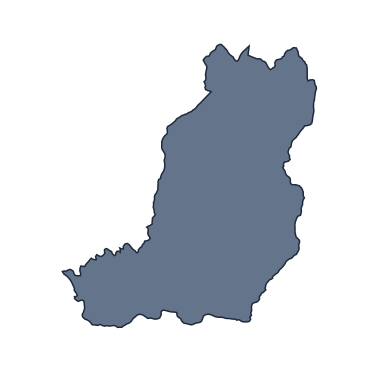 Chapada da Natividade, Tocantins, Brazil (Robinson projection), rotated 348°
{"feature_id": "56859067B42191858406182", "entity_name": "Chapada da Natividade", "entity_type": "district", "adm_level": 2, "iso_a3": "BRA", "parent_name": "Brazil", "parent_adm1": "Tocantins", "projection": "robinson", "projection_center": [-47.867, -11.515], "detail": "fine", "context": "isolated", "style": "filled", "palette": "slate", "viewbox_px": 384, "rotation_deg": 348, "n_neighbors": 0, "source": "geoboundaries", "source_scale": "gbopen_adm2", "svg_char_len": 5998}
<svg xmlns="http://www.w3.org/2000/svg" viewBox="0 0 384 384"><g transform="rotate(348 192 192)"><path d="M323.3,149.8L324.3,147.9L326.2,142.4L327.2,140.3L328.1,138.0L328.3,136.1L328.5,134.1L329.3,130.8L330.0,128.8L330.9,127.5L331.3,125.8L332.6,122.3L333.2,120.5L334.2,118.6L335.3,116.5L335.3,114.3L334.6,112.5L334.8,108.3L333.4,107.3L330.8,106.9L328.7,107.6L328.3,105.2L330.4,94.7L330.5,91.2L329.5,90.0L329.4,88.1L327.9,86.6L327.5,84.5L324.7,81.1L324.8,78.7L324.9,76.8L324.5,75.2L324.0,72.8L321.1,71.9L319.2,72.7L317.2,73.6L315.1,73.3L313.2,74.3L311.3,76.2L310.4,78.2L308.5,78.7L307.3,80.2L304.5,80.3L302.4,80.3L300.8,81.4L299.9,82.9L299.6,85.4L298.6,87.0L296.9,87.4L295.4,88.3L293.9,88.6L292.7,86.4L291.9,84.2L291.6,82.5L291.0,80.6L289.7,79.2L288.1,78.5L287.2,76.6L285.5,75.6L284.0,75.5L281.9,74.5L280.0,73.1L278.2,72.0L275.3,69.8L278.2,61.1L276.6,62.1L271.2,65.3L269.6,66.5L268.0,68.1L266.6,69.9L265.1,72.2L263.5,73.3L262.1,72.8L260.9,70.8L260.3,68.5L258.8,67.0L257.4,65.1L256.4,63.4L256.0,61.7L255.4,60.1L254.4,58.6L253.7,57.2L252.6,55.7L251.5,53.9L249.8,53.4L246.7,54.3L244.4,57.6L242.7,58.2L241.0,58.8L238.9,60.0L237.8,61.7L236.5,62.7L234.4,62.3L232.1,63.7L230.4,65.3L231.7,69.8L232.5,71.7L232.4,73.3L231.0,76.6L230.2,78.4L229.5,80.5L229.4,83.5L228.4,85.6L226.7,86.6L227.2,88.5L227.4,90.8L226.4,92.4L226.6,94.6L228.7,96.2L230.4,97.0L231.6,97.9L218.8,106.6L215.8,108.3L214.2,109.8L212.7,111.0L211.3,111.6L209.8,112.1L208.6,113.0L207.0,113.4L205.1,113.6L203.0,114.6L200.9,114.6L199.4,115.2L197.9,115.0L196.4,115.9L194.2,116.6L192.1,117.3L191.0,118.5L189.6,119.5L186.2,121.3L184.3,122.1L181.9,122.8L180.7,124.4L180.6,127.0L180.1,129.2L178.8,130.5L177.1,131.3L175.4,132.8L174.0,134.6L173.0,136.1L172.5,138.3L171.9,140.9L171.6,142.6L171.7,144.3L172.6,146.6L173.3,148.6L173.4,150.6L172.7,153.0L171.4,155.0L171.3,157.1L171.0,159.8L170.5,161.8L169.9,163.4L168.6,165.7L166.6,167.6L165.4,169.2L164.5,170.8L163.8,172.3L161.9,172.9L160.8,175.3L160.6,177.0L160.0,178.8L159.6,180.4L159.3,182.2L157.1,185.4L155.2,187.0L154.2,188.9L153.9,191.1L153.1,193.1L152.1,194.3L151.8,196.4L150.9,198.9L151.2,202.0L150.8,204.6L151.4,206.2L150.5,207.4L149.1,208.3L147.8,209.4L147.4,211.3L146.8,212.9L146.3,215.1L144.0,216.0L142.2,216.3L140.4,216.9L141.5,218.6L141.1,220.7L140.3,222.6L140.2,224.9L141.0,226.8L141.4,228.7L139.7,230.0L137.4,230.3L135.5,230.2L134.3,232.3L132.8,233.0L131.7,234.8L129.8,235.7L127.5,237.4L127.0,239.5L125.1,239.9L124.2,237.7L122.6,236.2L121.4,234.0L119.4,230.1L117.9,228.8L115.5,229.0L113.4,231.1L113.0,233.4L111.4,233.0L109.7,231.8L109.9,234.0L109.3,236.0L108.3,234.7L106.3,234.4L105.0,235.5L104.3,237.6L102.7,238.1L101.8,236.6L101.1,235.2L100.9,233.5L99.2,232.1L97.7,230.4L96.3,229.5L94.5,230.1L94.0,232.0L94.0,233.9L92.2,235.2L90.3,236.2L88.8,235.8L87.4,235.0L85.9,233.5L84.3,235.0L84.3,238.3L82.7,238.0L81.0,237.0L79.7,235.8L78.1,237.0L76.4,238.4L74.5,239.7L72.7,241.2L71.6,242.6L69.9,242.0L67.8,241.3L66.5,243.6L65.9,245.9L66.2,248.4L65.4,250.7L60.9,249.7L59.7,248.0L59.4,244.9L58.2,243.5L56.8,242.4L53.7,242.7L52.2,243.5L50.7,242.6L48.7,242.8L49.6,245.5L51.2,247.3L52.3,248.5L53.2,249.9L54.3,252.0L55.0,253.8L55.6,255.6L55.9,257.2L56.9,261.4L56.4,263.8L57.0,265.3L57.8,266.9L58.3,269.3L56.9,270.2L55.3,269.9L55.0,271.8L56.6,274.1L58.0,275.3L60.3,274.9L62.4,275.0L63.5,276.2L63.1,281.8L62.6,283.9L61.6,285.6L60.4,287.5L59.0,289.4L59.1,291.6L60.0,292.8L60.9,294.2L62.9,295.3L64.5,296.9L65.6,298.5L66.8,301.1L69.4,301.8L71.0,302.6L72.8,302.8L74.9,302.5L76.6,304.0L78.7,305.1L80.9,305.0L83.5,306.0L87.8,306.3L89.6,307.2L90.9,308.9L92.9,309.2L95.4,309.7L97.2,308.6L99.1,308.2L101.0,307.4L103.1,307.2L105.7,305.9L107.5,304.0L109.0,303.0L110.6,302.4L112.2,301.2L114.1,300.7L115.9,300.9L118.0,301.8L119.5,303.2L122.4,306.4L123.8,306.6L125.3,306.7L126.9,307.4L128.6,308.4L130.2,308.8L132.2,308.9L134.1,308.5L135.2,307.3L136.5,305.3L136.7,303.0L138.0,301.8L139.5,301.7L141.2,302.2L142.6,303.0L144.3,303.8L146.0,304.7L149.0,305.6L150.5,306.0L152.1,306.8L151.7,309.3L152.0,310.9L153.5,312.5L154.7,313.9L155.0,315.7L155.7,317.1L156.8,318.6L158.4,319.3L159.8,319.8L161.4,320.7L163.1,321.6L165.2,321.8L166.7,321.4L168.8,321.0L170.8,321.1L172.3,321.2L174.3,320.6L175.7,318.6L176.7,316.9L177.8,315.5L179.7,314.9L181.7,314.8L183.1,315.1L184.7,315.8L186.0,316.7L188.9,318.8L190.8,319.7L192.3,320.1L194.1,320.5L195.9,321.0L198.2,322.3L200.2,323.1L201.7,323.4L203.3,323.9L204.9,324.7L206.7,325.0L208.0,325.5L209.2,326.7L211.1,326.6L212.4,327.5L213.6,328.9L215.3,329.7L216.9,330.1L218.8,330.4L220.6,330.6L222.0,329.8L223.0,328.4L222.4,326.6L224.4,325.2L224.4,322.4L225.8,320.3L225.9,318.2L226.6,315.9L227.9,313.7L229.7,313.2L231.8,313.2L233.5,312.7L234.8,311.8L235.9,310.5L236.1,308.3L237.7,307.2L239.3,305.3L240.9,305.0L242.4,303.9L243.9,303.1L243.4,301.4L244.2,300.0L244.8,298.4L246.2,296.5L248.2,295.1L249.7,293.9L251.2,293.8L252.8,293.2L253.1,291.7L254.9,290.6L257.1,289.5L259.1,288.8L260.9,286.9L262.2,285.8L263.8,285.0L265.2,283.9L266.5,283.0L268.1,281.4L269.7,279.4L271.6,278.5L273.1,277.7L274.6,277.7L276.3,277.1L277.8,275.9L279.5,275.0L281.2,274.7L282.2,273.4L283.5,272.1L284.5,270.7L285.1,269.1L285.2,267.1L285.7,265.2L286.8,263.5L287.0,261.5L284.5,257.6L284.4,255.1L284.4,252.6L285.0,249.9L285.5,247.4L285.9,245.0L286.9,242.7L288.2,240.6L289.2,239.0L290.2,238.0L291.8,237.4L293.2,237.4L294.2,235.6L295.0,233.7L295.2,231.7L295.8,229.8L297.3,227.8L298.4,224.0L299.4,222.5L300.7,221.1L300.2,219.5L300.2,217.8L300.8,215.4L300.5,213.1L300.1,211.1L298.3,208.3L296.7,207.3L294.7,206.4L292.7,206.1L291.3,205.5L290.2,204.1L290.4,202.0L290.8,200.1L290.6,198.3L287.9,195.3L287.3,192.8L287.3,190.9L286.5,188.8L285.8,186.9L287.1,186.0L287.2,184.0L288.3,182.1L292.8,181.9L294.8,180.5L294.4,178.8L295.0,177.0L294.4,174.7L294.2,172.7L295.2,171.2L296.0,169.5L297.9,168.7L298.8,166.8L299.6,164.6L300.9,162.8L302.9,161.4L304.8,160.6L306.5,159.0L308.5,157.4L309.6,156.1L312.5,153.7L314.4,152.4L315.9,150.7L317.9,151.0L319.8,150.9L321.7,150.7L323.3,149.8Z" fill="#64748b" stroke="#1e293b" stroke-width="1.5"/></g></svg>